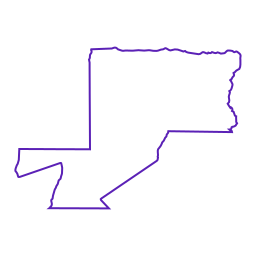 the border of Wouleu-Ntem
{"feature_id": "GAB-2187", "entity_name": "Wouleu-Ntem", "entity_type": "Province", "adm_level": 1, "iso_a3": "GAB", "parent_name": "Gabon", "parent_adm1": "", "projection": "albers", "projection_center": [12.153, 1.276], "detail": "fine", "context": "isolated", "style": "outline", "palette": "violet", "viewbox_px": 256, "rotation_deg": 0, "n_neighbors": 0, "source": "natural_earth", "source_scale": "10m", "svg_char_len": 3001}
<svg xmlns="http://www.w3.org/2000/svg" viewBox="0 0 256 256"><path d="M114.7,47.6L115.8,47.7L116.6,48.1L118.1,49.4L122.1,50.7L123.2,50.8L125.8,50.5L132.6,50.7L138.4,50.2L144.2,50.6L148.8,50.2L150.1,50.3L153.2,50.8L156.6,50.9L158.1,50.6L161.0,49.6L162.6,49.4L163.4,49.2L165.0,48.3L165.7,48.2L166.6,48.6L169.2,50.1L170.5,50.4L174.8,49.4L177.7,49.6L182.0,51.0L183.3,51.5L185.1,51.0L186.3,52.0L188.2,52.6L198.6,54.2L200.1,53.9L201.2,53.2L202.1,52.5L203.0,52.1L204.3,52.4L206.1,53.2L207.6,53.5L208.3,52.6L209.3,53.0L210.3,53.1L211.2,52.8L212.0,52.1L214.3,52.9L215.6,53.1L216.5,52.9L217.5,52.4L218.7,52.7L220.9,53.6L224.2,53.2L224.9,52.9L226.4,51.4L227.3,50.7L228.0,50.5L230.3,50.6L232.5,51.0L233.5,51.8L234.0,52.1L234.7,52.1L235.8,51.6L236.4,51.5L237.2,51.8L238.4,52.7L239.6,53.7L240.3,54.6L240.6,55.8L240.3,58.1L240.4,60.0L240.4,64.6L240.1,67.0L239.3,68.9L236.6,70.4L236.1,70.8L234.7,72.3L234.3,72.6L233.6,72.8L233.6,73.5L234.1,74.9L233.9,75.7L233.5,76.3L233.0,76.7L232.5,77.3L232.0,78.2L231.4,79.4L230.5,79.7L230.2,80.1L231.2,81.4L231.8,82.8L232.2,83.4L232.5,84.3L232.4,85.5L231.6,88.3L231.1,89.5L230.3,90.5L229.3,91.1L229.9,92.4L229.6,93.8L229.1,95.2L228.8,96.8L229.3,100.3L229.0,102.2L227.7,103.7L229.0,105.9L230.4,107.9L230.9,107.3L231.8,108.0L232.3,108.9L232.4,109.9L232.0,111.0L233.6,111.8L234.9,115.6L236.2,116.3L236.1,117.0L236.2,120.6L236.2,121.2L236.2,121.8L236.4,122.3L237.1,123.3L236.9,123.7L236.5,124.0L235.7,125.5L234.6,126.2L233.3,126.7L232.3,126.8L231.6,127.3L231.4,128.4L230.8,129.4L229.3,129.5L230.1,130.2L231.0,130.6L231.8,131.1L232.0,132.1L168.3,131.2L168.2,131.9L168.1,132.6L168.0,132.9L167.9,133.1L167.0,134.2L166.8,134.5L166.7,134.8L166.6,135.1L166.5,136.1L166.4,136.3L166.2,136.7L165.2,137.7L163.8,140.6L163.6,140.9L162.4,142.2L162.1,142.6L162.0,143.0L161.9,143.4L161.0,145.3L160.4,146.3L158.2,149.1L158.1,149.3L157.8,150.5L157.8,152.1L158.0,154.9L158.0,155.3L157.8,156.2L157.7,156.5L157.7,156.9L157.9,157.1L158.0,157.3L158.0,157.5L157.6,159.7L157.3,160.3L156.7,160.9L101.5,198.4L100.8,199.0L100.8,199.5L101.1,200.2L108.9,208.4L49.3,208.2L49.8,207.8L50.3,207.1L50.4,206.9L50.7,206.7L51.3,206.0L51.7,205.1L51.8,204.7L51.8,204.3L51.8,203.4L51.2,200.8L51.4,200.1L51.5,199.6L52.0,199.3L52.2,199.1L52.5,198.7L52.6,198.4L52.7,197.7L53.0,195.7L54.6,190.1L54.9,189.3L55.8,187.8L55.9,187.5L56.2,186.6L56.3,186.2L56.6,185.8L56.9,185.3L57.5,184.4L57.8,183.8L58.6,180.7L58.8,180.3L59.2,179.9L60.4,178.9L60.5,178.6L60.7,178.1L61.1,176.3L61.8,174.2L62.0,173.2L62.2,167.9L61.9,166.2L61.2,163.2L60.9,163.0L60.2,163.0L20.1,176.8L19.0,177.0L18.4,176.9L18.0,176.1L17.4,173.9L17.0,173.2L16.6,172.5L15.4,170.9L15.4,169.8L15.7,168.3L16.8,165.3L17.7,163.8L18.8,159.9L19.3,149.0L21.0,149.0L44.0,149.1L61.4,149.2L67.0,149.2L90.0,149.3L89.9,129.2L89.8,109.0L89.7,92.9L89.7,88.9L89.6,68.7L89.6,62.6L89.0,59.6L89.5,58.8L89.8,57.9L89.9,57.0L89.9,56.0L90.1,54.7L90.6,53.9L91.2,53.1L91.6,52.0L91.5,51.0L91.1,50.0L91.3,49.3L111.8,48.5L113.8,47.8L114.7,47.6Z" fill="none" stroke="#5b21b6" stroke-width="2"/></svg>